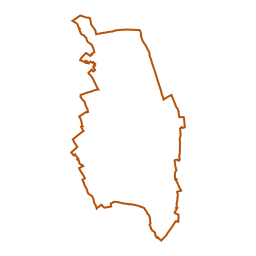 outline of Bunesti-Averesti, Vaslui, Romania
{"feature_id": "2599482B4031189184546", "entity_name": "Bunesti-Averesti", "entity_type": "district", "adm_level": 2, "iso_a3": "ROU", "parent_name": "Romania", "parent_adm1": "Vaslui", "projection": "orthographic", "projection_center": [27.962, 46.8], "detail": "fine", "context": "isolated", "style": "outline", "palette": "amber", "viewbox_px": 256, "rotation_deg": 0, "n_neighbors": 0, "source": "geoboundaries", "source_scale": "gbopen_adm2", "svg_char_len": 5643}
<svg xmlns="http://www.w3.org/2000/svg" viewBox="0 0 256 256"><path d="M161.2,240.6L164.2,237.4L166.5,235.1L167.7,232.9L170.8,228.7L172.7,225.9L174.3,223.4L175.6,221.3L177.2,221.6L178.2,222.0L178.3,221.9L178.2,221.5L178.3,220.9L178.0,220.7L177.9,220.6L178.2,220.4L178.3,219.7L178.4,219.2L178.3,218.6L178.5,218.1L178.7,217.0L178.6,216.8L178.4,215.5L178.5,215.0L178.5,214.7L176.8,213.9L176.0,213.7L175.6,213.3L174.9,213.1L174.7,212.9L174.6,212.5L176.7,209.1L177.3,207.9L176.2,207.7L176.5,207.3L176.7,206.4L176.7,203.9L176.8,202.4L177.2,201.3L177.3,200.3L177.5,198.6L177.5,196.6L177.8,195.6L177.8,195.0L177.7,194.1L177.5,193.6L177.3,192.8L177.3,192.4L177.1,191.9L178.2,191.4L181.2,190.7L181.1,190.1L180.2,189.2L179.6,187.8L179.1,187.0L178.6,185.7L178.1,184.3L177.2,182.7L176.4,180.9L176.3,180.5L176.7,179.3L176.6,179.2L175.5,179.8L175.3,179.5L175.1,179.0L175.1,178.8L175.2,178.4L175.2,177.8L175.0,177.5L174.9,177.1L174.9,173.6L174.9,173.2L175.7,171.2L176.5,170.3L176.5,170.0L176.1,169.5L175.8,168.5L175.8,167.8L175.6,167.2L175.5,166.7L175.2,165.4L175.1,164.4L175.0,163.4L174.6,161.0L174.6,160.4L174.7,160.2L175.4,160.0L176.3,159.7L176.5,159.8L177.2,159.7L177.9,160.0L178.1,160.0L178.2,160.6L178.4,160.7L179.2,160.6L179.7,159.1L179.3,157.3L179.1,156.3L179.2,155.9L179.4,155.5L179.6,154.7L179.7,153.1L179.8,152.0L179.9,150.9L179.9,148.8L179.8,148.5L179.9,148.1L179.8,146.3L180.0,145.2L180.1,143.9L179.9,143.1L179.8,140.2L179.7,139.7L179.7,139.3L179.7,138.7L180.0,137.8L180.1,137.4L180.6,135.1L180.5,133.9L180.4,133.6L180.5,133.1L180.3,131.2L180.1,128.3L181.6,127.2L181.7,127.6L181.9,127.9L183.2,127.8L184.8,127.3L184.0,118.2L183.6,117.0L181.3,117.2L179.3,117.1L178.7,113.3L178.6,112.9L178.7,111.6L178.4,111.0L177.9,109.8L177.7,109.0L177.4,108.2L177.1,108.0L176.5,107.5L176.1,106.7L173.3,99.5L171.4,95.0L168.5,96.5L164.8,98.7L163.6,99.6L163.0,97.6L161.6,93.5L161.5,93.1L161.3,92.5L161.4,92.2L161.3,91.6L158.7,83.8L154.2,69.4L151.9,62.6L151.5,60.8L150.8,58.8L149.9,56.6L149.7,55.9L149.5,54.2L149.5,53.4L149.3,52.4L148.8,51.4L148.2,50.3L147.5,49.2L146.9,47.8L145.7,45.4L145.2,44.7L144.2,43.3L143.0,41.4L142.7,41.0L142.3,39.8L141.9,38.7L141.2,37.1L141.1,36.7L141.0,33.9L140.9,33.0L140.7,32.4L140.2,31.2L139.6,30.1L134.6,29.9L132.7,29.8L132.2,29.7L131.8,29.8L126.9,29.5L125.2,29.7L119.9,29.9L117.3,30.2L115.3,30.5L112.6,31.5L111.5,31.5L110.8,31.7L108.3,32.0L105.6,32.6L103.0,32.9L100.9,33.3L97.4,33.9L96.2,34.3L95.5,31.3L95.5,30.9L95.3,30.4L93.4,27.6L92.7,26.7L91.9,25.5L91.2,24.5L90.9,22.9L90.5,20.4L90.1,18.8L90.0,18.3L89.9,18.1L89.1,17.9L88.7,17.6L88.1,17.7L87.6,17.7L85.2,17.2L83.5,16.5L80.9,15.8L80.4,15.4L78.2,17.0L77.6,17.3L76.9,17.9L72.5,20.8L73.1,21.2L74.2,22.0L76.0,22.9L77.3,24.1L77.6,24.9L78.0,25.7L78.0,25.9L77.9,26.2L78.3,26.6L78.9,27.8L79.4,28.4L79.3,28.5L79.0,28.6L79.0,28.8L79.1,29.1L79.6,29.1L79.5,29.3L79.7,29.9L79.8,30.7L80.1,31.7L80.5,32.0L80.7,32.3L80.7,33.2L80.9,33.6L81.5,34.2L81.8,34.3L82.2,34.6L83.0,35.1L83.9,35.3L85.2,37.0L86.0,37.6L86.4,38.2L86.8,40.2L87.3,41.1L87.8,41.9L88.4,42.5L89.2,42.9L89.7,43.4L90.3,43.7L90.9,44.3L91.4,44.3L91.6,44.4L91.8,44.7L92.2,45.9L93.4,48.6L93.7,49.7L94.0,50.6L94.1,51.2L94.4,52.1L92.2,53.5L92.3,53.7L92.0,54.0L92.2,54.3L92.2,54.5L90.7,55.6L90.6,55.3L90.3,55.0L89.7,55.6L88.6,54.7L87.4,54.0L86.2,53.0L85.9,53.1L83.8,55.3L82.7,56.3L81.2,58.1L80.8,58.7L80.2,60.3L81.0,60.4L81.6,60.6L84.6,62.2L85.5,60.8L86.1,61.2L85.1,62.4L86.0,62.8L86.6,61.8L87.1,61.3L87.4,61.5L86.9,62.1L86.5,63.0L87.3,63.1L88.7,63.5L89.2,62.8L90.5,61.5L91.6,62.3L91.7,62.2L92.7,62.8L93.4,62.2L95.2,63.9L93.9,65.2L94.9,65.7L93.2,67.3L94.0,68.2L94.3,68.7L94.5,69.1L95.1,70.0L93.4,71.5L92.8,71.1L92.2,70.1L91.8,69.6L88.4,72.9L88.8,73.8L90.5,75.2L91.0,76.0L91.3,76.3L91.4,76.7L92.5,78.1L94.3,81.6L96.8,86.8L97.2,87.7L97.7,88.5L98.3,89.5L97.2,89.5L96.6,89.7L96.1,89.9L94.7,90.2L90.8,91.7L89.3,92.1L88.5,92.2L87.5,92.5L81.8,94.6L81.0,94.8L80.7,94.8L80.6,95.8L80.4,96.4L80.5,96.7L80.9,97.4L82.4,99.7L83.3,100.4L84.5,101.7L85.0,103.3L85.3,103.8L85.4,104.5L85.6,105.5L85.9,106.1L86.4,107.1L87.6,109.4L88.0,112.0L87.3,112.3L87.2,112.1L86.5,111.9L85.1,112.6L83.3,113.9L79.2,116.4L79.6,117.1L80.4,118.6L81.1,120.4L81.7,122.6L81.8,123.4L81.9,125.0L82.0,125.4L82.4,126.1L82.6,126.3L81.1,126.9L83.5,131.1L81.6,132.3L72.8,139.4L73.1,139.7L73.2,140.0L73.9,141.7L75.7,144.4L76.6,146.1L77.0,146.7L77.3,146.9L77.2,147.1L71.2,152.5L72.0,153.3L73.8,155.5L75.1,154.4L76.1,156.0L78.3,158.7L77.2,159.5L77.5,159.8L78.1,159.4L79.0,161.1L79.2,162.5L79.5,163.4L80.9,164.7L82.1,164.9L82.6,165.2L82.5,165.5L82.7,166.2L82.9,166.3L79.1,168.1L80.2,170.5L81.3,172.3L81.7,172.8L81.8,172.9L82.2,173.3L82.1,173.6L82.2,173.9L82.7,174.5L82.9,174.6L84.9,178.2L82.4,179.9L83.3,181.6L83.8,182.4L84.0,183.1L84.0,183.5L84.1,184.0L85.0,186.1L87.0,189.6L87.2,190.3L87.3,191.5L88.2,193.4L88.9,194.2L90.9,195.3L92.1,196.2L92.2,196.4L93.1,198.2L93.6,199.8L94.2,202.9L95.4,204.7L96.7,208.5L97.5,207.7L100.9,205.2L101.1,205.0L101.2,204.7L101.9,205.1L103.1,206.7L103.7,207.0L104.4,207.7L111.2,206.5L110.8,205.2L110.8,203.5L112.7,202.8L113.0,202.3L114.2,201.9L116.7,201.9L118.3,202.2L123.8,203.5L125.2,203.6L129.7,204.4L129.8,204.1L134.8,204.9L138.8,205.9L140.7,206.9L141.3,206.7L141.9,206.8L142.4,207.1L142.7,207.5L144.3,208.2L145.2,209.8L146.3,211.1L147.5,213.7L148.1,214.4L148.7,214.8L149.1,215.5L149.6,216.9L150.0,218.1L149.9,218.6L150.5,223.7L150.1,224.0L149.5,224.9L149.6,225.3L149.9,225.6L150.7,227.1L150.9,227.8L150.9,228.5L152.2,230.4L153.9,231.6L154.8,232.3L155.1,233.0L155.1,234.4L155.2,234.6L155.6,235.0L155.6,236.0L156.1,236.4L156.3,237.0L156.8,237.5L157.0,237.9L157.4,238.0L158.0,237.3L159.0,238.6L161.2,240.6Z" fill="none" stroke="#b45309" stroke-width="2"/></svg>